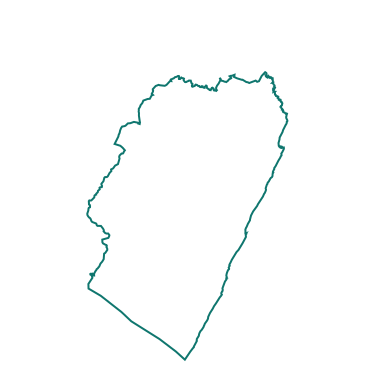 the district of Komenda-edina-eguafo-abirem Municipal, Central, Ghana, rotated 307°
{"feature_id": "2480657B89828953333594", "entity_name": "Komenda-edina-eguafo-abirem Municipal", "entity_type": "district", "adm_level": 2, "iso_a3": "GHA", "parent_name": "Ghana", "parent_adm1": "Central", "projection": "mercator", "projection_center": [-1.414, 5.13], "detail": "fine", "context": "isolated", "style": "outline", "palette": "teal", "viewbox_px": 384, "rotation_deg": 307, "n_neighbors": 0, "source": "geoboundaries", "source_scale": "gbopen_adm2", "svg_char_len": 6064}
<svg xmlns="http://www.w3.org/2000/svg" viewBox="0 0 384 384"><g transform="rotate(307 192 192)"><path d="M53.8,287.2L63.2,286.7L67.8,286.7L69.1,286.9L69.6,286.5L76.0,285.5L76.2,285.1L77.6,284.3L81.2,284.0L82.8,283.2L84.1,282.8L86.0,282.5L87.5,282.7L89.5,282.6L91.5,282.4L92.4,282.0L93.4,281.9L94.5,281.5L98.5,281.4L100.5,281.0L102.0,280.1L106.2,279.2L111.3,278.8L114.1,278.3L117.3,278.2L124.5,277.6L126.6,277.7L128.0,277.6L128.3,276.7L129.0,276.2L130.5,275.9L130.8,276.1L132.3,275.5L133.4,274.3L140.3,272.2L143.0,272.1L143.4,271.5L143.7,271.4L144.4,271.7L144.6,270.9L145.3,270.6L145.8,269.8L147.1,269.1L148.6,268.5L151.2,267.8L152.6,268.0L153.1,267.8L153.7,266.8L155.8,266.5L156.0,265.8L157.5,265.4L158.5,265.3L161.8,264.6L170.8,263.7L173.7,264.0L181.6,263.2L188.6,262.1L190.0,260.8L190.4,260.6L191.1,260.6L191.0,260.0L191.8,260.0L191.4,259.7L191.4,259.3L192.3,258.7L194.2,257.2L196.0,256.7L197.1,256.6L200.2,255.8L204.3,255.3L205.1,254.8L208.7,253.3L213.3,252.5L220.1,252.4L221.9,252.0L231.0,251.4L233.9,250.7L235.1,250.7L237.5,250.1L238.4,249.7L239.3,248.6L243.1,247.3L243.7,247.4L245.1,246.8L246.5,247.0L249.8,246.5L250.7,246.5L252.0,246.9L253.1,246.7L255.1,245.4L256.4,245.2L256.4,244.7L256.7,244.5L258.3,244.1L259.8,243.9L260.5,243.3L263.0,243.2L269.2,242.1L272.5,241.8L274.0,241.4L274.9,241.5L275.3,241.4L276.4,240.2L278.2,240.1L281.4,239.5L282.4,239.0L282.8,238.5L282.1,238.0L282.3,236.4L282.1,236.0L281.7,237.1L281.1,237.1L280.6,236.0L280.7,234.4L281.1,233.5L283.2,231.6L286.5,230.3L288.3,229.2L294.4,228.2L296.2,227.5L302.2,226.4L302.5,226.5L303.9,226.2L305.2,225.4L305.6,225.6L306.2,225.4L306.8,224.7L307.7,222.9L308.6,222.0L309.6,221.7L310.1,221.3L311.7,220.8L311.7,220.5L311.4,220.5L310.9,219.9L311.2,218.2L310.7,216.9L310.9,216.3L311.2,215.9L311.8,216.0L312.2,215.4L312.4,215.0L311.9,214.2L312.7,213.8L312.8,212.7L313.4,212.0L313.3,211.4L314.4,211.3L314.8,211.6L315.5,211.6L316.5,211.0L316.9,211.0L317.4,210.5L317.4,209.9L317.8,209.5L317.7,209.3L317.8,209.0L317.6,208.7L318.4,207.8L317.9,207.1L317.9,206.2L318.7,206.4L318.3,205.3L318.8,204.8L318.7,204.0L319.2,204.0L319.4,203.6L319.9,203.6L320.0,202.7L319.4,202.2L319.2,201.3L319.8,200.6L319.6,200.3L319.9,199.5L320.6,199.0L320.8,198.5L321.3,198.3L321.3,197.8L322.0,197.9L321.7,197.4L321.9,196.8L321.8,196.6L321.3,196.5L321.8,196.2L322.1,195.5L322.7,195.4L323.0,194.7L323.6,194.6L323.8,195.6L324.3,195.3L324.7,195.6L325.4,195.5L325.6,194.3L326.1,194.4L326.8,193.8L326.9,192.6L327.4,191.9L327.4,191.4L328.2,191.1L327.6,190.4L328.5,190.5L330.2,189.0L330.1,188.3L330.3,188.1L330.8,188.4L331.4,188.0L331.1,187.4L331.3,186.3L331.1,186.0L330.5,186.5L330.4,186.2L330.8,185.4L330.8,184.9L330.4,184.6L329.9,184.7L330.0,184.0L330.5,183.6L330.6,183.3L329.3,183.4L329.4,182.7L328.8,182.9L328.8,182.4L329.3,182.0L328.8,181.9L328.9,181.4L329.4,181.3L329.6,180.6L330.1,181.1L331.6,180.1L331.8,179.6L331.7,178.3L326.6,177.8L320.8,178.8L319.2,177.7L319.3,175.8L313.5,172.1L313.2,170.5L312.5,169.2L312.1,164.8L311.7,164.5L309.9,159.6L309.2,156.3L309.6,156.3L311.2,155.4L308.8,153.9L308.2,153.1L307.1,152.4L306.8,154.2L306.4,154.8L304.0,153.7L302.7,153.8L300.4,153.2L300.2,152.4L299.7,151.6L299.3,149.9L298.6,148.5L298.6,148.2L299.6,146.6L299.8,145.4L298.9,146.9L298.3,147.4L294.6,148.0L292.0,148.0L289.8,148.5L288.5,149.6L288.3,150.6L287.4,150.5L287.4,150.0L286.8,149.5L286.9,149.1L286.8,148.6L286.4,148.3L286.6,147.9L287.1,147.7L287.6,146.9L287.6,145.5L287.1,145.2L286.7,145.5L286.0,145.3L285.7,145.6L285.2,145.5L284.8,145.3L284.5,145.5L284.0,144.6L284.3,143.7L284.1,143.0L284.1,141.4L285.3,140.2L285.6,139.8L285.5,139.2L284.7,139.2L283.9,138.9L282.8,139.4L282.3,138.4L282.3,137.6L282.8,137.0L282.5,136.2L282.1,136.0L281.6,136.6L280.7,135.3L280.7,134.5L281.0,134.0L280.4,133.1L280.5,131.5L280.0,130.4L279.4,130.5L278.7,130.0L278.3,130.3L276.4,129.1L276.3,128.5L276.9,127.9L278.6,127.3L278.7,125.9L280.2,124.0L279.2,122.5L278.7,122.5L277.4,121.6L276.5,121.3L275.9,120.8L275.6,120.2L276.1,118.3L276.4,117.9L277.7,117.4L277.7,116.9L277.0,115.5L277.0,114.7L275.1,114.5L274.4,113.6L274.6,113.3L276.2,112.6L276.7,112.0L276.7,111.6L276.1,110.9L274.9,110.5L273.4,109.3L271.7,109.0L270.6,108.2L269.7,107.9L269.4,107.5L269.0,107.4L268.1,108.7L267.5,107.7L262.3,107.2L261.3,106.8L260.4,106.3L257.8,101.9L257.5,100.9L254.8,99.2L250.5,98.8L249.7,99.5L249.7,99.8L248.7,100.4L246.1,100.8L246.0,102.4L245.2,101.9L244.5,101.7L241.0,102.2L239.6,100.6L235.7,98.1L233.2,98.8L230.2,98.7L229.0,99.2L226.3,99.5L225.2,100.4L224.0,101.1L223.2,102.1L221.1,103.6L216.7,108.0L216.4,108.5L214.8,109.3L214.3,107.8L214.8,107.5L214.7,106.9L213.0,103.4L209.8,101.3L208.2,99.5L204.9,99.0L203.8,98.3L202.2,96.8L200.3,96.9L197.8,97.6L195.7,98.6L193.4,99.1L192.0,99.8L183.8,101.3L185.8,107.0L185.6,110.0L184.9,113.3L183.5,113.3L181.7,113.7L181.1,113.6L180.3,112.6L177.6,112.2L176.2,112.7L175.1,114.0L169.7,116.1L166.8,114.7L163.4,114.8L161.3,113.8L160.2,115.0L157.6,114.7L153.8,115.3L152.7,115.0L151.6,113.6L150.7,113.4L147.3,114.8L144.1,114.7L143.5,115.1L142.7,116.5L141.6,117.0L140.5,115.8L139.7,115.6L138.6,116.7L136.4,116.2L135.0,116.9L133.6,116.6L132.5,116.6L132.2,117.0L130.9,116.3L130.4,116.3L129.1,117.1L128.7,117.2L124.9,116.7L124.4,116.5L123.5,115.1L122.6,115.1L120.0,117.3L120.2,118.0L119.5,119.0L118.4,119.7L117.3,119.1L116.3,119.4L114.9,120.3L111.7,121.4L110.7,122.3L110.1,123.6L109.7,125.3L109.8,126.1L109.6,127.0L108.2,129.3L108.0,130.4L109.1,134.2L109.1,134.6L108.1,136.1L108.1,136.9L110.1,139.7L109.2,143.0L108.6,144.3L107.9,145.0L107.4,145.1L107.0,147.3L107.3,148.6L108.4,150.1L107.8,152.0L106.7,152.5L105.0,152.8L100.0,149.0L98.0,150.6L97.4,151.8L97.8,154.7L98.1,155.4L98.0,156.1L97.5,156.5L96.6,156.7L95.9,158.2L94.8,159.2L91.2,159.4L89.9,158.9L85.2,161.9L84.3,162.0L82.3,162.2L79.8,162.0L76.5,162.8L75.5,162.6L74.4,162.7L72.9,162.3L71.8,162.6L70.7,162.5L67.7,163.0L66.4,164.1L66.1,163.7L67.0,161.9L66.8,161.4L66.1,161.1L65.7,160.2L65.4,160.1L64.9,160.5L65.0,161.8L64.8,162.4L63.5,164.1L56.2,164.6L52.6,167.5L54.2,181.6L53.7,207.9L52.2,221.3L55.0,254.6L54.9,275.1L53.8,287.2Z" fill="none" stroke="#0f766e" stroke-width="2"/></g></svg>